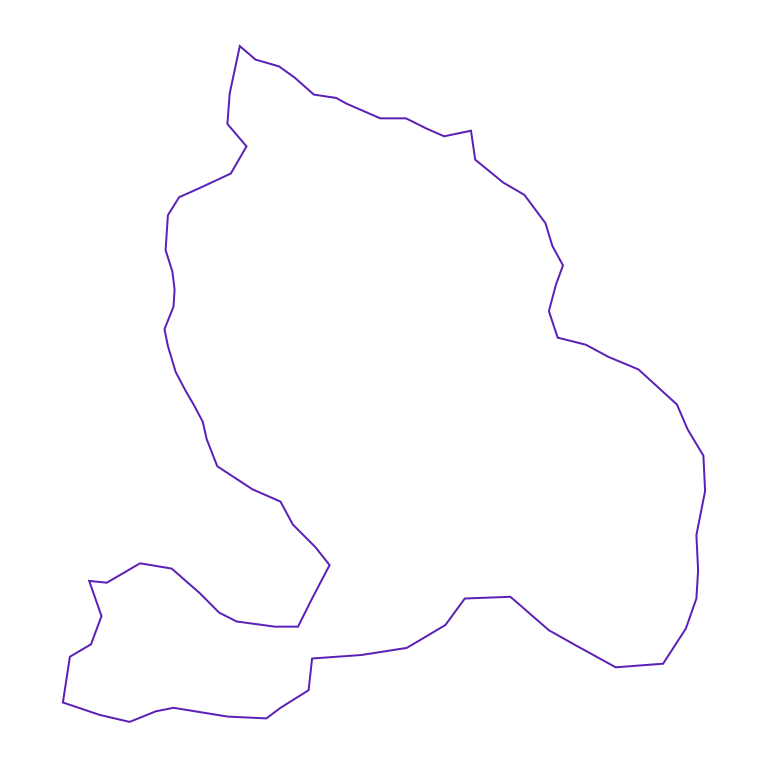 the district of Exo Metochi, Cyprus
{"feature_id": "46923920B63490584599042", "entity_name": "Exo Metochi", "entity_type": "district", "adm_level": 2, "iso_a3": "CYP", "parent_name": "Cyprus", "parent_adm1": "", "projection": "orthographic", "projection_center": [33.534, 35.206], "detail": "fine", "context": "isolated", "style": "outline", "palette": "violet", "viewbox_px": 768, "rotation_deg": 0, "n_neighbors": 0, "source": "geoboundaries", "source_scale": "gbopen_adm2", "svg_char_len": 1206}
<svg xmlns="http://www.w3.org/2000/svg" viewBox="0 0 768 768"><path d="M89.2,580.9L101.5,616.1L91.0,644.3L69.9,656.7L62.9,702.5L99.7,714.9L129.6,721.9L155.9,711.3L173.4,707.8L227.8,716.6L266.4,718.4L280.5,707.8L308.6,690.2L312.1,658.5L361.2,655.0L406.8,647.9L445.4,625.0L464.8,598.5L510.4,596.8L549.0,630.3L577.1,646.1L615.7,667.3L663.1,663.7L685.9,628.5L696.4,598.5L698.1,570.3L696.4,535.0L705.1,491.0L704.4,476.5L703.4,455.7L687.6,429.3L677.0,404.6L657.7,387.0L638.4,369.4L608.6,357.0L585.8,344.7L557.7,337.7L548.9,311.2L555.9,284.8L563.0,265.4L552.4,246.0L545.4,223.1L524.4,194.9L503.3,182.6L475.2,159.7L471.0,130.7L444.1,136.3L426.1,128.4L405.9,118.3L380.1,118.3L346.4,103.6L336.3,98.0L313.8,94.6L294.8,77.7L279.0,66.4L255.5,59.6L239.8,46.1L229.7,93.4L227.4,123.9L246.5,146.4L230.8,173.5L199.3,188.2L179.1,197.2L167.9,215.2L165.6,250.2L172.4,271.6L174.6,289.7L173.5,306.6L164.5,329.1L167.9,346.1L175.7,372.0L185.8,391.2L193.7,404.7L202.7,421.6L206.7,439.2L217.3,466.3L252.4,489.3L280.5,501.6L292.8,524.5L315.6,547.4L329.6,565.1L312.1,598.5L298.0,626.7L275.2,626.7L236.6,621.5L219.1,612.6L199.8,593.2L171.7,568.6L140.1,563.3L106.8,582.7L89.2,580.9Z" fill="none" stroke="#5b21b6" stroke-width="2"/></svg>